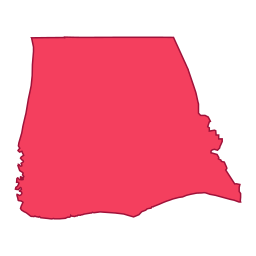 Central Badibu, North Bank, Gambia
{"feature_id": "56634734B73613655778936", "entity_name": "Central Badibu", "entity_type": "district", "adm_level": 2, "iso_a3": "GMB", "parent_name": "Gambia", "parent_adm1": "North Bank", "projection": "orthographic", "projection_center": [-15.935, 13.52], "detail": "fine", "context": "isolated", "style": "filled", "palette": "rose", "viewbox_px": 256, "rotation_deg": 0, "n_neighbors": 0, "source": "geoboundaries", "source_scale": "gbopen_adm2", "svg_char_len": 3076}
<svg xmlns="http://www.w3.org/2000/svg" viewBox="0 0 256 256"><path d="M173.5,37.4L161.3,37.3L158.2,37.3L154.3,37.3L138.1,37.3L137.4,37.3L126.4,37.3L116.8,37.3L90.2,37.4L88.4,37.4L80.0,37.4L72.9,37.3L64.5,37.1L64.5,37.6L64.3,37.5L53.2,37.6L50.7,37.6L33.1,37.8L31.5,37.8L31.6,38.0L33.5,47.0L33.5,50.0L33.5,51.6L32.4,64.8L32.4,65.5L32.2,75.6L31.2,85.6L30.1,91.0L28.3,99.4L28.1,100.7L26.0,113.2L25.6,114.9L25.5,115.2L22.9,126.3L22.1,131.0L21.7,133.2L21.2,134.8L20.7,136.6L18.9,142.8L18.4,145.9L19.8,148.2L18.4,149.9L18.0,150.6L19.6,152.1L21.9,151.3L22.5,152.9L23.7,155.2L23.2,155.6L21.2,157.0L20.5,158.2L22.0,160.0L23.0,160.5L23.2,161.1L23.4,161.5L22.8,162.3L21.1,163.3L21.8,164.9L21.8,165.8L20.6,166.2L20.2,166.0L19.0,164.6L18.4,164.4L18.4,165.1L17.9,165.5L19.7,170.6L22.2,172.2L23.1,173.1L22.5,174.9L23.4,175.7L23.5,176.0L23.8,176.6L23.3,177.5L21.8,177.2L20.6,176.8L20.4,177.2L20.8,178.4L22.2,178.4L23.1,178.8L23.1,179.5L22.0,179.8L19.4,179.5L18.3,178.2L17.6,177.9L16.9,178.6L16.6,182.3L17.1,182.3L18.0,182.3L18.9,183.0L18.5,184.3L17.5,186.2L17.4,186.3L15.9,187.3L15.4,189.1L16.2,189.4L18.4,189.6L20.3,187.5L21.2,188.0L21.4,189.4L19.6,190.8L19.6,191.2L20.5,191.4L21.4,191.9L21.9,193.1L21.6,194.0L20.7,195.1L19.4,195.5L17.5,194.4L17.0,194.4L17.0,195.6L17.7,197.8L18.2,200.3L18.6,200.6L21.2,201.0L22.8,202.0L23.0,202.3L21.2,206.2L20.5,208.5L21.6,210.1L24.1,211.7L26.2,212.7L28.3,214.3L30.6,216.1L31.4,216.4L31.5,216.4L31.9,216.4L32.4,216.4L34.0,216.6L34.9,216.1L36.1,216.6L38.7,217.1L39.3,216.6L40.9,217.8L41.7,217.8L48.3,218.5L49.7,218.7L51.8,218.9L52.5,218.7L52.9,218.7L53.7,218.5L54.4,218.8L59.6,218.8L65.4,218.3L66.6,217.7L67.7,217.2L69.4,217.2L70.0,217.0L70.3,216.6L70.7,215.9L70.8,215.4L71.4,216.1L74.7,216.5L76.0,215.9L77.2,215.9L77.9,215.2L79.5,215.2L80.7,215.2L81.2,214.8L82.5,214.7L84.1,214.1L87.1,213.6L90.8,213.0L91.5,213.0L92.3,212.3L92.7,212.5L94.1,212.7L100.1,211.9L115.4,213.0L123.7,214.0L128.0,215.3L133.6,216.9L138.9,214.7L141.7,211.7L145.6,210.2L146.6,209.4L147.2,208.8L149.3,208.4L151.1,208.1L151.9,206.8L153.3,206.8L153.9,206.3L155.3,205.8L159.3,204.2L163.2,202.5L166.2,201.3L170.6,199.8L172.7,199.0L178.9,197.4L182.6,196.9L186.5,195.3L191.0,194.2L196.7,193.1L202.0,192.9L203.5,192.7L205.0,192.7L206.4,193.1L209.9,194.3L215.4,195.3L220.1,196.6L230.4,199.4L234.1,200.2L239.0,202.0L240.6,202.0L240.3,200.8L240.6,197.4L240.6,193.5L239.2,191.5L239.2,189.0L239.2,187.3L239.9,184.5L236.5,183.8L234.7,183.9L225.7,170.0L226.8,168.6L226.7,167.6L224.3,162.1L221.4,161.4L220.9,160.1L218.4,158.8L218.8,157.5L217.1,154.5L212.7,153.2L211.0,152.8L211.0,151.1L212.3,149.8L214.4,149.3L217.5,150.2L219.6,148.0L220.0,146.3L220.9,144.5L222.2,141.5L222.2,139.4L222.2,138.9L218.7,138.9L218.7,135.0L216.1,135.0L215.7,130.7L214.4,130.2L209.3,131.1L209.3,127.8L207.7,126.7L209.3,121.9L210.4,121.3L208.2,117.0L205.0,115.4L200.6,115.4L198.5,113.2L198.5,104.0L197.9,101.8L196.2,94.0L195.7,92.1L195.3,90.9L193.3,84.9L191.7,80.2L188.3,70.2L188.2,69.6L187.1,67.3L185.1,62.8L184.6,61.8L183.7,59.8L177.3,45.7L176.5,44.0L173.5,37.4Z" fill="#f43f5e" stroke="#9f1239" stroke-width="1.5"/></svg>